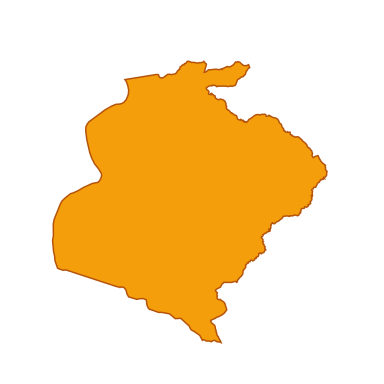 Córdoba, Bolívar, Colombia, rotated 197°
{"feature_id": "7082276B35551918348685", "entity_name": "Córdoba", "entity_type": "district", "adm_level": 2, "iso_a3": "COL", "parent_name": "Colombia", "parent_adm1": "Bolívar", "projection": "albers", "projection_center": [-74.927, 9.535], "detail": "fine", "context": "isolated", "style": "filled", "palette": "amber", "viewbox_px": 384, "rotation_deg": 197, "n_neighbors": 0, "source": "geoboundaries", "source_scale": "gbopen_adm2", "svg_char_len": 5994}
<svg xmlns="http://www.w3.org/2000/svg" viewBox="0 0 384 384"><g transform="rotate(197 192 192)"><path d="M138.7,53.2L138.1,53.9L136.9,54.2L135.5,53.8L134.1,53.8L131.7,54.6L129.8,54.4L128.2,56.3L126.8,56.7L124.1,56.1L121.7,56.7L120.2,56.5L121.5,58.2L123.0,59.3L124.4,61.1L125.8,62.1L126.9,63.3L127.2,64.5L128.2,65.4L128.3,66.2L129.9,68.5L130.3,69.6L131.4,71.1L135.0,72.6L136.3,73.9L136.6,74.6L134.3,76.8L133.5,77.3L131.1,80.1L130.5,80.2L127.4,83.2L125.7,85.6L124.3,89.5L127.9,94.9L129.0,95.8L130.2,96.4L132.3,96.8L133.5,97.6L134.6,97.0L135.5,96.9L136.7,97.4L137.4,98.7L137.3,100.0L138.4,101.4L138.2,102.9L139.9,103.8L140.8,104.6L140.5,105.7L139.5,107.0L137.0,109.3L136.3,113.1L135.2,114.3L135.1,114.9L127.8,117.1L125.4,118.7L124.1,119.2L123.6,119.2L122.9,118.7L122.4,119.4L122.8,120.4L121.4,124.0L120.1,126.3L119.5,128.1L120.1,132.0L118.7,135.4L119.0,136.3L118.8,136.9L119.4,138.1L118.5,139.4L118.3,140.7L118.0,140.9L117.4,140.7L117.3,141.8L116.1,142.4L116.1,143.8L114.8,144.3L113.7,143.9L112.3,145.4L112.3,146.8L112.0,147.1L111.3,147.3L111.6,147.9L111.5,148.4L110.5,149.1L109.8,150.0L109.8,151.6L110.2,152.7L108.8,153.7L107.9,153.2L107.4,153.3L107.4,154.0L105.6,155.2L105.3,157.1L104.6,158.0L104.7,158.6L105.7,158.8L105.9,159.1L105.8,159.6L106.2,160.0L106.1,161.1L107.3,161.7L107.6,162.3L108.2,162.7L108.1,163.1L109.4,164.1L109.8,165.0L109.3,165.4L109.9,165.7L110.2,167.2L112.5,168.9L112.5,169.4L111.9,169.8L111.3,171.1L111.8,171.8L110.3,173.4L110.1,174.0L109.0,174.5L108.5,175.8L107.7,176.1L107.5,177.0L106.6,176.9L105.9,177.7L106.2,178.4L107.3,178.5L107.7,179.0L107.4,179.3L106.9,179.2L106.7,179.7L106.2,179.8L106.1,180.6L106.8,182.3L106.5,183.1L107.0,183.9L106.3,185.3L106.3,186.1L105.5,186.1L105.0,185.6L104.1,185.6L103.2,186.6L102.6,188.0L100.6,189.6L99.1,192.1L98.4,192.7L97.8,194.4L97.8,195.0L97.4,195.5L94.2,196.9L91.6,197.2L91.6,197.8L88.5,198.7L87.6,199.8L86.5,200.1L84.0,200.2L83.1,201.2L82.9,203.0L82.2,203.5L82.6,204.2L82.2,204.6L82.5,205.1L82.2,205.7L82.6,207.0L82.5,208.0L79.9,209.3L79.8,210.9L78.2,210.9L77.2,211.7L76.5,213.2L77.2,213.9L76.5,214.2L75.2,215.6L75.3,216.1L76.0,216.7L76.2,217.2L75.3,218.7L75.2,219.9L76.0,221.5L75.7,221.9L75.8,222.7L76.7,223.3L75.8,223.6L75.7,224.0L76.5,225.1L77.0,228.2L78.1,228.7L78.0,229.7L77.0,230.6L76.9,232.1L75.1,232.8L74.4,237.3L73.1,238.7L72.6,241.5L71.7,241.6L70.2,242.6L70.3,242.9L70.8,242.9L70.7,243.3L70.0,243.9L69.5,243.8L69.9,244.2L70.3,244.1L70.4,244.4L69.4,244.7L68.9,245.4L68.3,246.7L68.2,247.5L68.7,249.1L68.9,251.2L70.8,252.3L71.5,254.6L72.3,255.5L72.2,256.6L75.8,257.9L77.9,259.2L79.2,260.6L79.8,260.9L81.8,263.4L82.2,263.6L84.7,262.0L85.8,260.4L86.7,260.7L88.0,262.1L88.0,263.9L89.4,266.1L92.6,268.4L93.1,268.3L94.3,268.7L95.3,269.5L96.1,270.8L98.2,272.0L101.2,273.1L101.8,273.8L105.7,275.6L107.0,275.7L110.2,274.5L110.9,275.0L112.4,274.9L113.3,275.8L114.5,275.6L115.1,276.2L115.3,277.3L115.8,277.9L117.7,277.1L118.2,277.4L118.3,277.0L119.8,276.7L121.1,277.3L121.2,277.6L122.3,277.6L122.6,278.9L125.0,280.6L126.3,282.7L128.7,283.8L130.1,285.6L131.3,286.6L133.4,287.2L136.6,286.9L140.3,287.8L140.9,287.8L140.9,287.2L143.1,286.1L143.9,287.3L144.9,287.7L148.6,286.4L149.6,285.5L151.4,285.4L153.2,284.7L155.1,282.7L156.1,281.0L158.8,278.0L159.5,275.5L160.4,275.1L160.5,274.6L160.9,275.0L162.3,274.5L162.3,274.2L162.6,274.2L162.6,274.5L163.2,274.7L163.1,275.1L163.9,275.5L164.1,274.9L164.4,274.9L164.3,275.1L166.6,275.7L166.7,275.2L166.1,274.9L169.1,274.8L170.5,275.9L171.3,277.6L172.3,278.1L174.2,278.1L174.9,278.7L176.7,278.8L176.9,279.3L178.1,279.3L180.1,280.6L183.0,281.5L183.7,282.5L184.0,284.1L184.9,284.9L185.5,286.6L187.1,288.5L187.8,288.8L189.5,289.3L191.6,289.2L192.7,288.9L193.5,288.0L194.7,288.0L196.7,288.6L197.7,289.4L197.8,290.1L198.3,290.3L198.3,290.7L199.2,290.7L200.1,291.2L200.7,291.2L201.1,291.5L201.8,292.0L202.1,292.0L202.0,291.1L202.5,291.4L202.4,291.6L202.6,291.7L202.8,291.5L202.7,290.7L204.5,290.4L205.0,291.2L205.0,292.5L205.3,293.1L206.3,293.8L207.7,294.1L208.7,295.5L208.7,296.0L206.9,298.1L205.6,299.0L204.1,299.2L204.0,299.8L202.6,300.4L200.3,300.7L199.9,300.2L198.9,300.0L198.2,300.8L196.8,301.1L196.3,301.5L195.2,301.7L191.9,302.8L188.4,303.4L187.0,304.0L186.2,304.7L185.2,304.6L184.4,304.9L182.1,306.4L181.6,307.2L181.3,312.5L181.0,313.2L179.9,314.2L178.4,316.4L176.7,317.4L176.4,318.5L175.8,319.2L175.4,320.2L175.4,322.7L174.6,325.6L174.2,326.6L173.2,327.9L173.9,328.5L174.6,329.7L175.2,330.0L175.1,330.8L176.0,329.2L178.8,328.1L181.0,328.4L184.1,330.0L186.2,330.1L187.1,329.1L188.3,329.1L189.5,325.9L192.2,322.7L193.1,322.4L194.9,322.4L197.7,319.9L198.7,318.9L198.8,318.5L199.0,318.8L199.8,318.4L201.7,316.9L205.1,316.4L212.1,313.5L213.8,310.9L215.3,310.1L215.5,318.1L216.1,318.9L217.3,319.2L218.8,320.4L219.0,319.8L221.2,318.2L222.3,318.1L224.1,317.0L229.0,316.3L230.2,315.7L231.3,316.0L234.1,315.9L235.0,315.1L235.5,313.2L236.8,312.5L236.8,311.3L238.3,310.7L238.8,309.5L239.9,308.1L239.8,307.3L240.0,306.6L239.6,305.9L240.1,305.5L240.9,304.2L242.1,300.6L242.9,299.9L245.9,298.3L248.0,298.0L249.9,297.2L252.4,293.5L253.9,292.3L256.0,292.0L257.5,293.0L258.3,294.3L259.9,294.2L289.0,279.9L287.1,278.4L284.4,274.8L282.2,270.6L281.4,266.2L281.9,261.1L283.4,257.8L284.9,256.2L286.8,255.0L290.4,253.6L294.2,250.4L299.1,245.2L311.3,228.7L312.2,225.7L312.5,223.4L311.7,219.9L307.7,210.9L301.3,199.8L298.0,195.3L293.4,190.5L287.8,186.6L284.2,183.3L283.4,181.9L283.2,181.0L283.1,179.3L283.4,176.7L284.5,173.9L290.0,170.9L296.9,164.8L301.9,159.4L306.0,155.9L307.6,155.0L311.5,149.3L313.6,145.6L314.4,142.0L315.8,125.7L315.3,120.8L311.8,109.8L311.2,105.0L307.1,94.9L304.6,90.4L303.0,86.3L298.3,79.9L297.0,79.6L292.4,79.5L289.7,80.6L235.7,79.5L234.7,79.8L233.1,79.6L232.1,80.4L229.4,80.9L226.5,79.0L224.4,75.6L222.0,73.2L213.4,73.2L210.6,74.8L207.4,75.8L204.3,75.6L201.8,70.4L199.8,68.1L198.1,67.3L196.9,67.5L189.2,67.1L187.5,67.4L186.0,68.0L177.9,68.9L171.0,66.0L165.8,67.9L155.3,62.9L153.8,61.0L152.5,60.0L148.3,59.0L142.7,57.2L138.7,53.2Z" fill="#f59e0b" stroke="#b45309" stroke-width="1.5"/></g></svg>